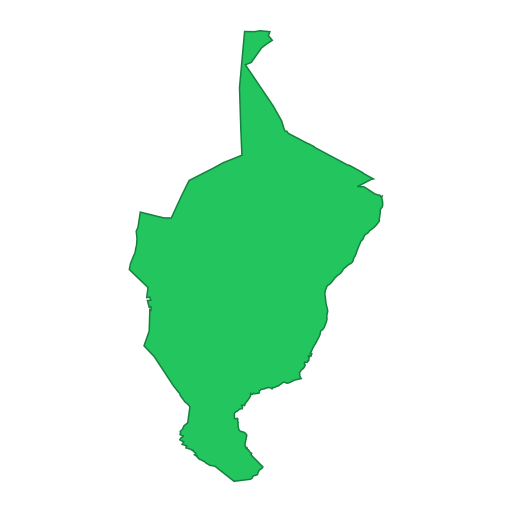 outline of Tepetlixpa, Morelos, Mexico
{"feature_id": "50627088B54138403616253", "entity_name": "Tepetlixpa", "entity_type": "district", "adm_level": 2, "iso_a3": "MEX", "parent_name": "Mexico", "parent_adm1": "Morelos", "projection": "albers", "projection_center": [-98.833, 19.014], "detail": "fine", "context": "isolated", "style": "filled", "palette": "green", "viewbox_px": 512, "rotation_deg": 0, "n_neighbors": 0, "source": "geoboundaries", "source_scale": "gbopen_adm2", "svg_char_len": 6048}
<svg xmlns="http://www.w3.org/2000/svg" viewBox="0 0 512 512"><path d="M140.3,212.1L138.0,227.2L136.2,231.2L137.0,238.8L136.5,245.5L135.7,248.5L135.0,252.9L133.6,255.8L130.4,263.8L129.3,269.5L136.1,276.1L148.0,287.5L146.7,297.6L148.3,297.5L149.8,297.1L150.5,299.6L150.9,299.9L150.9,300.2L147.4,300.5L149.2,307.3L151.1,306.8L150.9,310.6L150.6,310.6L149.8,309.8L149.2,331.1L144.0,345.8L154.3,356.7L173.6,386.1L175.7,388.6L176.0,389.1L178.2,391.9L179.7,393.6L180.0,394.1L180.2,394.9L180.2,395.5L181.8,397.5L184.9,401.8L187.8,404.2L189.9,406.8L187.7,422.8L184.0,425.7L182.3,429.5L180.2,431.4L180.5,432.7L180.0,434.6L183.9,436.3L183.4,436.3L180.8,438.0L180.2,439.0L179.8,439.8L183.7,442.0L182.1,444.4L186.7,445.8L186.6,446.2L186.1,447.0L186.0,448.0L186.5,448.0L190.7,449.3L192.4,450.4L193.0,450.2L193.2,451.1L195.7,453.3L195.9,454.1L194.5,454.8L196.0,455.8L196.6,455.9L197.1,456.0L196.9,456.6L198.7,458.7L200.0,459.5L201.4,459.9L202.1,460.6L204.8,461.6L205.1,462.4L209.7,465.3L214.8,466.1L234.0,481.3L250.1,479.3L251.2,478.8L252.0,478.2L252.5,477.2L252.6,476.5L252.8,476.4L253.5,476.0L253.7,475.8L253.9,475.7L254.9,475.5L255.2,475.3L255.5,475.3L255.9,475.3L256.2,475.1L256.7,474.9L257.1,474.8L257.4,474.6L257.6,474.3L257.9,472.9L258.3,471.9L259.2,470.4L259.4,470.1L259.9,469.8L261.1,468.9L261.6,468.6L262.1,468.1L262.3,467.8L262.4,467.7L262.9,466.9L258.9,462.9L256.8,460.7L255.2,459.1L253.0,456.9L251.1,454.9L251.7,453.4L250.0,452.2L248.5,450.0L248.3,449.7L247.6,449.7L246.9,447.6L245.9,448.1L245.8,447.7L245.8,447.1L244.9,445.8L245.1,445.1L245.1,443.1L245.6,441.4L245.7,439.9L246.2,439.1L246.1,438.5L246.7,436.0L246.7,434.8L244.7,432.6L243.3,432.0L242.0,431.7L241.6,431.5L240.7,431.5L239.5,430.5L238.7,429.1L238.1,425.7L238.0,422.9L238.3,422.6L237.6,421.3L237.8,419.0L237.6,418.6L237.3,418.3L235.5,418.8L234.6,418.5L234.4,415.8L234.4,414.9L234.4,413.7L234.9,412.6L235.6,411.9L237.1,411.3L239.7,409.1L241.1,408.8L242.1,408.8L242.6,407.4L241.5,405.4L242.4,405.3L242.8,405.2L243.9,405.5L244.6,405.6L245.2,403.6L248.3,399.6L249.9,397.1L250.5,395.9L250.7,394.9L250.6,393.6L251.6,394.3L252.2,394.3L252.4,394.3L252.7,394.1L252.9,393.9L253.1,393.6L253.4,393.4L253.8,393.3L254.0,393.4L254.1,393.6L254.3,393.7L254.5,393.8L256.1,393.6L256.7,393.5L257.4,393.4L258.3,393.3L258.8,393.3L259.4,392.3L259.4,391.7L259.5,390.8L261.3,389.4L264.6,388.8L264.8,388.6L265.0,388.5L265.3,388.5L265.4,388.4L265.6,388.1L265.8,388.0L266.0,387.9L266.6,388.0L267.1,388.0L267.3,387.9L268.0,387.5L268.3,387.5L268.7,387.6L268.9,387.7L269.4,387.7L270.0,387.7L270.3,387.8L270.8,388.0L271.2,388.2L271.7,388.4L271.8,388.8L272.0,388.9L272.3,388.8L272.4,388.5L272.5,388.1L272.6,387.8L274.8,387.3L276.4,386.5L278.8,385.7L279.3,385.2L279.8,384.8L280.4,384.4L281.3,383.8L282.0,383.2L282.7,382.7L283.1,382.4L283.9,382.2L284.5,382.2L285.3,382.5L286.3,383.0L287.0,383.2L287.6,383.2L289.2,382.7L293.2,380.8L294.9,380.0L296.2,379.7L300.7,378.7L301.2,378.5L300.9,378.1L300.5,377.4L299.9,376.3L299.8,375.2L299.6,374.5L299.7,373.6L299.6,373.0L299.5,372.4L300.1,371.9L300.4,371.6L300.8,370.8L301.5,369.7L302.6,369.1L302.9,368.7L303.5,368.4L303.9,367.4L304.4,367.1L304.8,366.2L304.9,365.8L305.2,365.2L305.2,364.8L304.8,364.6L304.7,364.3L304.4,363.8L304.6,363.3L304.5,362.5L305.0,362.2L307.1,362.5L307.6,361.8L308.0,361.3L308.0,361.1L308.0,360.7L308.6,360.7L308.9,359.8L308.9,359.2L308.6,358.9L309.5,357.2L308.3,356.6L309.0,355.4L309.6,355.5L311.0,356.1L311.8,353.6L311.0,353.4L310.3,352.9L311.4,351.4L311.9,350.2L312.8,348.1L313.6,346.8L314.2,345.4L315.3,343.9L316.5,341.8L317.3,339.9L318.3,338.3L319.1,336.6L319.7,335.3L320.1,334.1L320.3,333.0L320.3,332.4L320.7,331.0L320.8,330.9L321.0,330.8L321.2,330.6L321.6,330.4L322.0,330.1L323.1,329.1L323.8,328.1L324.4,327.0L325.0,325.4L325.5,324.0L326.3,322.1L327.0,319.3L326.8,316.2L327.0,314.5L327.3,313.2L327.7,311.7L327.6,310.0L327.1,307.8L326.5,305.6L326.2,304.1L325.8,301.9L325.6,299.5L325.4,297.6L325.1,296.1L324.8,294.2L325.0,292.9L325.2,291.2L325.5,290.0L326.0,288.9L326.5,287.5L326.9,286.4L327.6,285.5L328.5,284.9L329.3,284.5L329.8,284.1L331.4,282.4L332.4,281.2L333.4,279.8L334.9,277.9L336.4,276.5L338.1,275.0L339.7,273.9L341.0,272.8L342.2,271.2L343.3,269.3L344.4,268.2L346.3,266.6L347.6,265.4L349.0,264.4L350.6,263.6L351.6,262.8L352.4,262.1L352.9,261.1L353.4,259.5L353.6,258.7L353.9,257.9L354.3,257.1L355.0,256.3L356.0,253.9L356.6,252.0L357.1,250.5L357.6,249.2L358.4,247.4L359.0,245.6L360.0,243.4L360.4,242.4L360.8,241.5L361.5,240.7L362.0,240.2L362.6,239.6L363.2,238.7L363.8,237.1L364.1,236.2L364.7,235.3L365.2,234.7L366.0,234.1L367.7,233.1L368.3,232.5L368.7,232.0L369.1,231.4L369.5,230.9L369.9,230.4L370.4,230.2L371.3,229.5L372.1,228.9L372.9,228.3L374.8,226.6L375.5,225.9L376.1,225.3L377.3,223.8L378.4,222.2L379.4,221.1L379.4,220.6L379.3,220.1L379.3,219.2L379.9,215.0L380.2,212.9L380.3,211.5L380.3,210.0L380.9,208.7L382.1,207.2L382.6,205.8L382.7,204.6L382.6,202.2L382.5,201.6L382.4,200.2L382.1,199.7L381.9,199.1L381.9,198.5L381.6,197.8L381.8,197.4L382.1,196.3L381.8,196.5L381.5,196.4L381.2,196.5L380.8,196.7L380.7,196.6L380.5,196.1L380.2,195.6L380.0,195.3L378.7,195.0L377.5,194.8L375.7,194.2L375.4,194.2L373.6,193.1L370.2,190.8L365.6,187.8L364.1,186.9L363.4,186.7L359.5,186.6L357.1,186.5L358.1,186.2L371.5,179.3L373.0,179.0L373.4,178.9L372.4,178.4L370.2,177.2L368.6,176.3L367.3,175.6L363.6,173.5L363.0,173.0L362.1,172.3L358.7,170.4L356.9,169.5L353.8,167.7L351.9,166.7L350.6,165.9L350.0,165.7L349.4,165.3L349.1,165.2L348.9,165.2L348.8,165.3L348.7,165.3L348.2,165.3L314.4,147.3L314.4,147.0L314.2,146.7L313.8,146.5L313.1,146.1L311.9,145.5L311.0,145.0L308.9,143.9L308.5,143.7L308.2,143.8L288.8,133.6L287.9,132.9L287.7,132.5L287.2,131.8L287.0,131.4L286.8,131.2L286.7,131.2L286.3,131.2L285.7,131.2L285.3,131.2L284.2,129.3L281.6,120.8L273.1,105.8L245.4,64.8L251.3,62.4L261.5,48.0L265.6,44.7L272.3,40.3L268.4,35.6L269.9,31.7L260.7,30.8L260.3,30.7L254.4,31.7L244.6,31.5L239.5,87.4L240.8,129.0L241.9,155.2L223.0,162.8L213.2,168.2L206.3,171.7L189.1,180.5L181.6,195.6L171.3,218.0L163.7,217.9L140.3,212.1Z" fill="#22c55e" stroke="#15803d" stroke-width="1.5"/></svg>